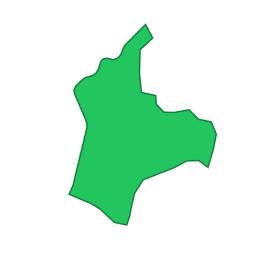 Đakovica, Equal Earth projection, rotated 68°
{"feature_id": "KOS-5890", "entity_name": "Đakovica", "entity_type": "District", "adm_level": 1, "iso_a3": "XKX", "parent_name": "Kosovo", "parent_adm1": "", "projection": "equal_earth", "projection_center": [20.354, 42.389], "detail": "fine", "context": "isolated", "style": "filled", "palette": "green", "viewbox_px": 256, "rotation_deg": 68, "n_neighbors": 0, "source": "natural_earth", "source_scale": "10m", "svg_char_len": 708}
<svg xmlns="http://www.w3.org/2000/svg" viewBox="0 0 256 256"><g transform="rotate(68 128 128)"><path d="M77.5,164.7L72.7,164.0L69.4,160.4L65.9,151.8L65.4,148.1L66.1,141.0L65.1,137.0L62.8,133.8L56.5,128.6L54.7,125.3L55.2,121.9L59.3,115.8L59.4,111.5L57.5,107.4L52.1,102.4L49.9,99.4L38.6,73.0L53.8,71.4L60.0,87.5L81.6,96.9L100.1,102.3L108.3,90.2L116.5,92.9L126.8,88.8L130.9,79.4L134.0,64.6L146.4,59.3L153.6,48.5L166.9,48.5L179.3,56.6L194.4,68.5L184.7,74.6L180.5,85.8L182.1,100.1L181.8,117.0L181.7,133.4L191.1,146.5L203.8,155.3L210.4,159.5L217.4,165.5L210.4,176.0L192.4,184.4L183.9,190.8L167.4,207.5L160.7,200.5L111.1,165.1L104.9,164.1L77.5,164.7Z" fill="#22c55e" stroke="#15803d" stroke-width="1.5"/></g></svg>